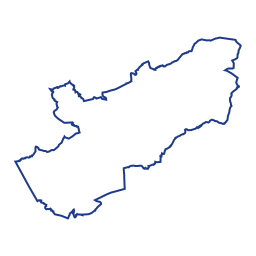 outline of Livezi, Bacau, Romania
{"feature_id": "2599482B64810477676491", "entity_name": "Livezi", "entity_type": "district", "adm_level": 2, "iso_a3": "ROU", "parent_name": "Romania", "parent_adm1": "Bacau", "projection": "equal_earth", "projection_center": [26.736, 46.405], "detail": "fine", "context": "isolated", "style": "outline", "palette": "blue", "viewbox_px": 256, "rotation_deg": 0, "n_neighbors": 0, "source": "geoboundaries", "source_scale": "gbopen_adm2", "svg_char_len": 5644}
<svg xmlns="http://www.w3.org/2000/svg" viewBox="0 0 256 256"><path d="M237.7,77.9L231.6,73.4L226.6,70.6L225.2,70.3L227.1,69.0L228.4,68.5L232.6,68.5L233.6,68.0L233.8,63.3L232.2,60.5L234.8,59.5L237.1,58.1L237.5,57.0L237.6,54.2L238.0,53.8L238.5,52.6L238.5,50.8L240.0,47.7L240.6,46.1L240.6,45.4L237.2,42.6L236.4,41.8L235.9,40.9L235.7,40.1L235.0,39.8L219.6,37.6L216.6,38.4L215.9,38.4L210.7,40.6L209.7,40.3L206.6,40.4L201.6,39.4L198.3,40.6L195.6,43.2L194.6,43.7L193.9,45.4L192.7,47.4L192.5,48.6L191.5,51.2L189.1,51.2L188.7,51.5L188.0,52.4L187.5,52.6L187.0,52.3L185.9,53.2L185.1,53.0L184.0,53.7L182.5,54.1L178.8,58.5L178.3,59.4L176.4,60.9L174.7,61.2L172.9,62.2L172.2,62.4L171.0,63.5L168.6,64.4L166.7,64.9L165.1,66.4L163.4,66.3L163.4,65.8L162.6,65.3L160.8,66.1L161.0,65.8L160.2,65.8L156.5,67.8L156.7,68.2L154.9,69.1L155.2,69.8L154.3,69.8L154.2,69.4L150.4,68.0L149.1,64.5L149.1,63.0L148.2,61.4L143.9,63.2L142.1,64.3L141.9,64.6L142.3,64.9L140.1,66.6L137.9,69.2L138.0,69.7L136.9,69.9L135.5,71.2L136.5,73.4L136.3,74.1L135.8,74.8L135.0,74.8L134.6,74.5L134.2,73.8L133.7,73.6L131.5,73.1L131.0,73.3L130.8,73.9L131.4,79.4L131.1,80.5L131.4,81.2L128.4,82.9L126.6,83.4L126.7,83.6L117.2,88.5L114.5,89.6L111.4,90.3L106.2,92.0L102.5,92.6L102.5,94.8L102.8,95.7L103.5,96.7L105.6,97.6L106.1,98.6L106.2,99.7L102.0,98.8L100.9,97.1L97.9,98.2L96.7,98.1L96.7,98.4L96.6,98.5L96.0,98.3L94.6,97.2L94.0,97.2L93.0,99.0L84.0,101.1L83.1,98.9L82.0,98.1L81.6,98.1L81.6,97.9L79.9,96.0L79.3,96.3L78.8,96.2L78.7,95.9L79.0,95.3L79.4,95.2L80.2,94.5L79.3,93.9L78.9,94.2L78.3,94.1L77.8,92.5L77.3,92.0L76.3,91.7L75.5,92.3L75.0,90.1L73.3,89.6L73.4,89.1L74.2,87.9L74.2,86.9L73.7,86.5L73.5,85.9L73.9,85.5L73.3,84.9L72.4,84.8L69.8,82.5L69.6,81.5L68.0,83.3L65.1,84.3L65.0,85.6L64.5,85.4L62.5,85.8L61.6,86.3L60.2,86.2L59.8,86.8L59.1,87.0L58.6,87.3L58.4,87.8L57.8,87.9L57.7,87.9L57.5,87.2L57.1,87.0L56.2,87.6L53.8,88.4L53.0,89.6L52.7,89.7L50.2,89.1L51.6,91.1L52.4,91.1L52.5,91.4L53.3,92.0L53.0,92.6L52.4,93.2L51.8,94.6L52.2,95.5L52.3,97.0L52.8,98.0L53.7,98.9L54.5,99.3L54.6,99.5L54.3,100.2L54.7,100.7L57.2,102.0L56.5,103.4L56.5,104.1L56.9,105.4L57.2,106.9L57.8,107.5L56.6,109.5L54.5,110.9L53.7,112.2L54.2,113.9L55.0,115.7L58.0,118.6L64.1,122.7L66.0,122.8L72.4,122.4L72.8,122.8L72.4,123.1L72.6,123.7L71.9,124.2L71.8,124.4L72.0,124.7L73.0,124.7L73.0,125.1L73.3,125.1L74.0,125.0L74.3,125.9L76.6,126.0L76.7,126.7L78.1,126.8L78.2,127.7L78.6,128.2L79.0,131.0L79.6,132.5L78.0,133.2L76.1,133.4L72.3,136.5L68.8,138.6L66.6,137.9L64.8,137.1L64.5,136.7L64.2,137.7L63.7,137.8L63.4,138.4L61.5,142.9L60.7,143.3L59.0,144.8L58.3,146.4L55.3,149.0L53.7,150.2L52.5,150.0L51.3,150.2L49.3,151.5L47.1,152.0L46.4,151.4L45.6,151.0L44.1,151.0L42.4,150.4L39.5,149.8L38.8,149.4L38.7,148.5L38.2,147.8L37.9,147.5L37.6,147.6L36.9,146.8L35.8,146.7L35.4,148.1L35.5,151.4L33.5,154.4L33.0,155.0L31.9,155.5L31.9,156.0L31.5,155.8L30.8,156.6L29.9,156.5L29.7,157.3L29.0,157.6L27.0,157.3L25.3,157.7L25.2,158.3L24.8,158.4L23.8,158.4L23.2,158.8L22.7,158.7L22.3,158.4L21.8,158.5L20.7,159.5L20.8,159.8L20.1,160.0L19.7,161.0L18.6,160.8L18.1,161.3L16.9,161.3L16.3,161.6L15.4,161.6L29.0,186.6L37.4,201.1L38.6,200.3L39.7,200.7L40.1,200.2L41.3,200.5L41.0,201.9L41.2,202.5L43.6,203.0L43.7,203.6L46.2,204.8L45.9,205.2L46.2,206.1L45.3,206.7L45.3,207.1L45.1,207.8L45.7,208.8L46.3,209.3L47.5,209.0L48.9,209.1L50.5,208.6L51.1,209.4L51.0,209.8L51.5,209.9L51.4,210.7L52.2,210.8L52.7,211.5L53.4,211.4L53.5,212.6L54.9,214.3L61.5,215.8L67.9,218.4L68.2,218.1L68.8,216.1L69.5,215.3L69.7,214.0L70.4,212.9L71.5,212.3L72.3,211.4L72.5,211.4L72.8,210.5L73.8,209.6L74.1,210.5L73.8,212.0L73.6,212.0L73.7,212.4L73.2,212.4L73.3,212.6L72.7,213.1L72.7,213.3L73.3,213.8L74.1,216.2L74.7,217.3L75.2,217.3L75.7,216.7L76.1,216.1L76.0,215.2L76.5,215.2L76.7,214.5L77.1,214.0L77.7,214.4L81.2,214.6L81.5,215.0L82.4,215.2L82.3,214.6L88.5,214.2L89.7,213.8L91.7,212.9L94.7,210.6L95.2,210.6L95.2,209.8L96.6,208.4L97.4,207.3L101.1,204.0L100.9,203.0L100.5,202.3L99.9,201.9L96.5,201.1L95.0,200.1L106.9,194.3L110.7,192.7L124.7,188.9L124.2,176.5L124.3,175.8L123.8,170.4L123.8,168.2L127.7,167.2L128.7,167.3L129.0,167.2L129.5,166.4L131.0,165.9L133.7,165.6L135.0,166.0L137.9,166.0L140.8,165.6L142.2,166.4L143.6,168.4L144.6,168.7L144.8,168.3L145.1,168.3L145.4,167.8L145.6,167.9L145.6,168.4L146.6,168.8L147.3,168.8L147.7,168.4L148.0,168.6L148.8,167.2L148.5,166.0L149.9,165.8L152.2,164.7L153.2,164.8L153.2,164.5L154.4,164.2L154.7,163.4L155.0,163.4L155.3,162.5L155.3,161.8L156.9,162.3L160.5,161.9L160.6,157.3L160.4,156.3L161.5,156.4L161.4,154.8L161.8,154.3L162.0,153.4L162.8,154.1L163.7,153.7L164.1,153.8L164.2,153.6L164.8,150.9L165.2,150.4L165.5,149.2L167.2,148.6L169.0,147.5L170.4,145.9L170.6,146.2L172.2,143.8L174.1,139.9L175.4,138.3L175.4,137.9L175.8,137.6L176.3,137.7L177.5,136.7L180.0,135.7L180.8,135.0L183.0,134.1L183.5,134.2L183.7,133.9L185.1,133.0L185.4,130.9L185.0,129.9L185.8,129.2L186.5,129.2L188.2,130.2L190.9,130.1L195.6,128.7L197.0,127.2L197.9,128.0L198.3,127.2L198.6,127.1L199.1,127.4L200.9,126.1L200.2,125.7L202.0,124.6L203.1,123.5L204.2,123.2L205.7,122.1L207.5,122.2L208.3,122.5L209.3,122.0L209.9,120.8L211.7,119.7L213.7,120.2L214.6,120.9L217.3,121.4L218.5,122.5L220.1,123.1L220.8,123.0L223.0,123.9L223.4,123.6L224.2,123.8L224.6,123.6L224.8,122.9L225.3,122.7L225.8,121.9L226.2,121.7L226.6,120.9L227.4,120.1L228.0,115.9L229.3,112.2L229.7,109.0L230.6,106.9L231.5,105.9L231.1,105.3L230.7,102.9L230.1,101.2L229.9,99.6L230.1,97.9L231.1,96.8L231.6,95.4L231.7,94.7L231.3,93.9L231.4,93.3L233.6,91.1L235.6,89.8L236.2,89.3L236.5,88.6L237.2,88.4L237.1,87.3L238.9,86.8L238.9,86.3L238.3,86.1L237.2,84.8L236.2,82.6L237.0,79.6L237.7,77.9Z" fill="none" stroke="#1e3a8a" stroke-width="2"/></svg>